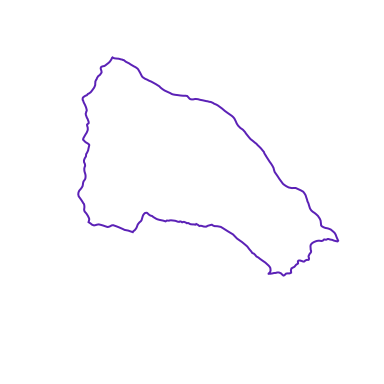 Cabrera, Santander, Colombia, rotated 126°
{"feature_id": "7082276B49425072231481", "entity_name": "Cabrera", "entity_type": "district", "adm_level": 2, "iso_a3": "COL", "parent_name": "Colombia", "parent_adm1": "Santander", "projection": "robinson", "projection_center": [-73.249, 6.569], "detail": "fine", "context": "isolated", "style": "outline", "palette": "violet", "viewbox_px": 384, "rotation_deg": 126, "n_neighbors": 0, "source": "geoboundaries", "source_scale": "gbopen_adm2", "svg_char_len": 6030}
<svg xmlns="http://www.w3.org/2000/svg" viewBox="0 0 384 384"><g transform="rotate(126 192 192)"><path d="M145.5,45.1L143.6,48.4L142.0,50.8L141.2,52.8L141.0,54.8L140.8,57.7L141.4,60.1L142.0,61.6L142.7,63.0L143.2,64.9L143.4,66.9L143.1,67.9L142.1,68.8L139.6,71.1L138.5,72.9L137.3,76.1L137.0,78.6L136.9,80.5L137.0,82.7L136.8,84.7L136.0,86.8L134.4,89.0L132.7,91.2L131.7,93.1L130.5,94.5L129.2,96.4L127.9,98.1L127.0,100.2L126.4,102.2L126.7,104.9L127.8,110.4L129.0,112.1L130.2,113.6L131.5,116.5L131.9,119.1L132.0,121.4L131.9,123.3L130.1,128.9L128.8,132.3L127.9,134.9L127.2,136.9L126.1,138.4L124.6,140.2L123.6,142.2L122.6,144.7L121.9,146.9L120.5,150.5L119.3,153.6L119.2,153.6L118.2,156.2L117.4,157.2L116.8,159.6L116.2,161.8L115.8,164.2L115.5,166.5L115.1,168.3L115.1,169.9L114.9,172.8L114.8,175.7L114.3,177.9L112.9,183.0L112.4,184.1L111.7,187.3L111.7,189.2L111.8,190.3L111.5,192.1L111.2,193.8L110.3,196.1L109.1,198.1L107.7,200.8L107.3,202.2L107.1,203.4L107.0,204.7L107.1,209.8L107.1,213.1L106.8,216.8L106.8,219.4L106.8,222.1L107.0,223.7L107.6,226.2L107.6,227.3L108.1,229.7L108.8,230.9L109.5,232.8L110.1,233.9L111.5,237.2L112.7,239.7L112.9,240.3L113.4,241.7L114.7,243.9L115.6,244.8L116.3,245.4L116.8,246.0L117.2,246.6L117.6,247.3L117.9,248.2L117.9,249.0L117.6,250.3L117.3,251.6L117.2,252.4L118.0,253.9L118.9,255.1L119.8,256.5L120.9,258.4L122.1,260.7L123.3,262.8L124.2,264.7L124.6,265.9L124.8,267.8L125.4,270.7L126.0,273.8L126.1,275.6L126.1,277.3L126.0,279.1L125.7,280.4L125.8,281.8L126.0,284.9L126.2,286.3L126.3,287.3L126.7,290.2L127.2,292.1L127.5,294.4L128.0,296.6L128.1,299.1L128.0,300.0L127.7,300.8L126.2,303.7L125.5,305.2L124.8,306.8L124.4,307.7L124.2,308.6L124.2,311.0L124.5,312.8L124.9,316.9L124.9,318.4L125.5,322.0L125.4,324.8L125.8,325.5L125.9,326.3L126.5,327.5L126.9,328.7L127.4,329.9L128.1,331.0L129.2,332.9L129.7,334.1L129.8,335.1L129.8,335.4L130.2,335.5L130.6,335.5L131.1,335.4L131.9,335.2L133.7,335.1L134.8,335.1L136.2,335.3L137.7,335.7L139.0,336.1L140.1,336.4L141.0,336.7L141.8,337.1L142.3,337.7L143.2,338.4L144.0,338.9L144.8,338.9L145.3,338.7L145.7,338.5L146.1,338.1L147.4,336.3L148.5,335.4L151.2,335.3L153.6,336.0L155.8,335.8L157.1,335.4L157.8,335.5L158.4,335.3L159.3,335.2L160.1,334.6L160.6,334.4L162.3,333.2L164.1,332.7L165.5,332.5L167.8,332.5L168.9,332.5L170.8,332.6L172.7,333.2L173.4,333.6L174.1,333.9L174.8,333.9L175.6,334.0L176.0,334.3L177.0,334.9L178.9,335.6L179.8,335.7L180.5,335.5L181.1,335.0L181.7,334.7L181.9,334.2L182.3,333.4L182.8,332.8L183.3,332.0L184.5,329.6L185.8,327.5L186.5,326.6L187.6,325.3L188.2,324.9L189.1,324.8L190.2,324.3L191.0,324.1L192.0,323.2L193.7,320.7L194.2,319.5L194.9,318.5L195.9,317.0L196.9,316.1L197.4,316.1L198.7,316.5L199.2,316.5L200.1,315.7L201.1,314.3L202.6,313.1L203.7,312.6L205.1,312.3L205.7,312.1L207.4,312.0L208.7,311.9L212.2,311.5L213.4,311.1L213.8,310.6L213.8,309.9L214.0,309.2L214.2,307.9L214.2,306.5L214.0,305.1L214.1,303.1L214.6,302.6L217.7,301.3L219.4,300.5L222.0,300.0L223.6,299.9L225.6,298.7L227.7,298.6L228.9,298.3L229.9,298.0L231.3,296.9L232.1,295.4L232.7,294.7L233.7,293.8L235.0,293.5L236.4,292.9L237.8,291.8L238.7,290.9L240.1,289.0L241.0,288.0L242.3,287.0L243.6,286.3L244.6,286.0L247.2,286.0L249.0,285.3L250.0,284.7L251.5,284.0L253.0,283.8L254.8,283.8L257.1,284.0L259.0,283.6L260.7,282.7L262.1,281.1L263.4,277.2L264.3,274.8L264.8,273.8L265.2,272.4L266.0,271.4L267.4,270.2L268.8,269.4L269.4,269.1L270.2,268.4L270.9,267.4L271.5,264.8L272.0,263.5L272.7,261.8L273.4,260.6L273.8,259.8L274.5,259.1L276.0,258.4L277.2,258.0L277.1,255.4L277.2,253.5L276.6,251.6L275.5,250.6L274.2,249.6L273.0,248.4L272.2,246.5L271.4,244.3L270.7,242.0L270.0,239.8L269.1,238.9L267.7,238.0L266.3,237.4L265.2,236.3L264.2,233.0L263.5,230.3L262.6,226.2L262.3,224.3L260.7,220.9L259.3,216.3L258.2,216.4L256.6,215.9L254.9,215.8L253.4,215.9L250.1,216.8L247.7,216.7L245.5,216.2L244.3,216.3L242.9,216.8L241.2,217.4L239.6,217.9L237.8,217.9L236.7,217.7L236.0,217.1L235.4,216.4L235.3,215.8L235.4,215.2L235.6,213.5L235.6,212.5L235.4,211.5L235.1,210.7L234.9,210.2L234.9,209.7L235.0,208.7L234.7,205.2L234.4,203.9L233.7,202.0L232.7,199.8L232.1,198.5L231.3,196.1L229.9,195.6L228.7,193.7L227.9,193.2L227.2,192.3L225.5,189.3L225.0,188.3L224.4,186.1L223.7,184.8L222.8,184.4L222.4,183.5L222.4,182.4L222.1,181.9L221.7,181.8L220.9,181.0L220.5,179.6L220.3,178.6L220.3,177.8L219.6,177.2L219.2,176.5L219.2,175.8L219.1,174.9L218.8,174.0L217.9,172.5L217.4,171.8L216.8,170.9L216.6,170.2L216.3,169.9L215.4,169.8L215.1,168.0L215.2,166.4L215.1,165.9L214.5,165.5L213.8,164.4L213.0,162.1L212.1,160.7L211.4,159.9L210.6,159.7L209.7,159.1L207.7,157.5L206.8,156.7L206.8,155.5L206.4,153.8L204.7,151.2L203.3,148.2L203.1,145.9L202.7,139.7L202.2,133.9L203.2,128.2L203.1,122.0L203.4,117.4L203.6,115.2L204.6,112.0L205.3,109.0L205.9,107.5L205.5,105.6L205.8,103.7L206.3,102.0L206.2,101.2L206.0,99.8L206.1,98.2L206.1,95.4L206.0,91.2L206.5,86.7L206.9,85.1L207.5,83.9L209.3,82.3L210.7,81.8L211.7,81.8L212.9,82.1L213.1,81.9L212.0,80.5L210.6,79.1L209.3,78.0L208.8,77.4L208.2,76.6L207.4,76.1L206.9,75.6L206.5,75.1L206.0,74.3L205.7,73.1L205.5,72.1L205.7,71.2L205.8,70.1L205.9,69.4L205.8,68.8L205.4,68.5L204.5,68.2L203.7,68.1L202.9,68.0L202.3,67.5L201.8,67.0L201.4,66.4L200.5,65.2L200.0,64.9L199.0,64.4L198.0,65.2L197.6,65.7L196.6,66.2L195.8,66.5L195.2,66.6L194.7,66.3L193.5,65.8L192.6,65.3L191.9,65.1L191.0,65.1L189.6,65.0L188.4,64.5L187.5,64.2L186.9,64.7L186.4,65.2L185.7,65.6L184.9,65.5L183.9,64.4L183.7,63.5L183.3,62.8L183.2,62.0L182.7,60.8L182.2,60.3L181.6,60.2L181.0,60.1L179.6,59.4L179.0,58.7L178.7,58.1L178.3,57.8L177.6,57.9L176.8,58.4L176.2,59.2L175.7,59.8L175.1,60.1L174.2,60.2L173.4,60.4L172.9,60.4L171.8,60.4L171.3,60.3L170.4,60.5L169.5,61.2L169.0,62.0L167.9,62.9L167.2,63.5L166.2,64.3L165.2,64.8L164.0,64.9L162.7,64.7L161.9,64.4L160.6,63.8L158.7,62.6L158.1,62.1L157.4,61.4L156.7,60.6L156.1,59.5L155.6,58.5L154.9,57.9L154.2,57.5L153.6,57.4L152.9,57.3L152.5,56.9L152.3,56.4L152.0,55.8L151.6,55.3L150.3,54.6L149.8,53.9L149.3,52.4L148.3,50.4L147.9,48.6L147.0,46.4L146.4,45.2L145.5,45.1Z" fill="none" stroke="#5b21b6" stroke-width="2"/></g></svg>